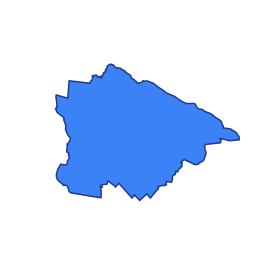 Bogdanesti, Suceava, Romania (Equal Earth projection), rotated 236°
{"feature_id": "2599482B43476485710108", "entity_name": "Bogdanesti", "entity_type": "district", "adm_level": 2, "iso_a3": "ROU", "parent_name": "Romania", "parent_adm1": "Suceava", "projection": "equal_earth", "projection_center": [26.284, 47.362], "detail": "fine", "context": "isolated", "style": "filled", "palette": "blue", "viewbox_px": 256, "rotation_deg": 236, "n_neighbors": 0, "source": "geoboundaries", "source_scale": "gbopen_adm2", "svg_char_len": 5682}
<svg xmlns="http://www.w3.org/2000/svg" viewBox="0 0 256 256"><g transform="rotate(236 128 128)"><path d="M195.5,87.0L194.5,85.9L186.5,81.9L186.1,81.3L185.9,80.8L184.6,80.0L184.1,79.7L184.6,78.8L182.1,78.2L180.4,78.0L173.8,80.2L172.4,80.4L171.4,80.3L170.9,80.0L171.1,79.5L170.9,79.4L165.1,77.9L163.6,77.0L162.4,75.8L160.4,75.0L157.0,74.4L155.2,74.2L152.5,74.6L152.1,74.5L151.1,74.1L150.6,73.6L149.8,72.2L149.7,71.6L148.9,70.0L148.4,69.4L148.8,68.5L148.1,68.1L147.4,67.9L147.0,67.5L146.1,67.0L145.4,66.3L144.8,65.6L143.2,64.3L142.6,64.0L141.9,64.1L141.3,64.4L140.7,64.9L140.3,64.9L139.9,64.6L139.7,64.3L138.7,63.6L138.3,63.2L138.0,63.3L137.2,63.3L136.5,63.0L136.0,62.5L135.3,61.6L134.9,60.3L134.9,59.9L134.7,59.5L134.1,59.1L132.3,57.4L131.7,56.4L135.6,51.9L134.4,49.5L132.9,46.4L130.3,43.6L129.8,42.9L127.8,41.5L125.4,40.7L124.1,40.8L122.0,41.1L119.1,42.1L117.9,42.2L116.5,42.4L115.9,43.4L115.7,43.8L115.7,44.1L115.3,44.6L114.9,44.8L114.4,44.9L113.8,45.0L112.5,44.9L111.4,44.8L109.0,43.8L108.2,43.7L106.8,44.1L106.2,44.4L105.7,44.8L101.4,49.4L101.3,49.6L99.3,51.8L98.8,52.2L97.9,53.0L97.0,54.2L95.4,55.8L94.5,56.7L93.2,58.0L92.4,59.0L91.9,59.4L91.4,60.0L88.0,63.7L87.9,63.6L87.4,64.0L87.7,64.3L85.3,66.7L86.1,67.3L87.5,68.3L88.7,69.1L90.6,70.3L93.0,71.8L93.3,71.6L93.7,71.6L94.1,71.8L94.4,72.2L94.9,72.4L93.5,73.7L95.6,74.1L95.7,74.3L94.3,77.3L93.3,78.9L93.3,79.2L93.6,79.6L95.3,81.3L95.3,81.6L95.2,81.8L89.8,83.7L89.1,84.0L87.6,84.4L86.1,84.6L87.1,89.1L87.1,89.5L67.8,92.2L67.9,92.4L68.0,92.8L68.3,93.5L68.3,93.9L68.2,94.4L68.3,94.6L68.9,95.5L69.1,95.9L61.4,97.2L61.6,98.3L61.9,99.3L62.0,100.6L62.0,101.5L62.3,103.0L62.7,106.9L57.4,107.3L59.8,115.6L60.0,116.1L60.3,116.7L60.4,117.0L60.3,118.2L60.5,118.7L60.9,119.5L61.3,119.1L61.4,119.3L62.6,120.0L62.1,121.3L61.9,122.3L61.5,123.3L61.3,124.0L61.2,124.5L61.2,124.8L61.1,125.0L60.8,125.0L60.4,125.2L60.0,125.6L59.4,128.1L60.3,128.4L60.9,128.5L61.0,128.8L62.0,129.5L61.6,130.1L61.2,130.8L60.1,132.5L58.6,133.7L59.7,135.1L60.9,136.4L62.4,137.1L62.8,137.5L63.2,138.4L63.3,139.6L63.1,141.3L65.4,143.6L63.9,144.6L64.9,146.1L65.1,146.4L65.4,147.6L65.6,148.6L65.7,149.6L66.1,151.1L66.4,151.6L66.8,151.9L67.5,151.9L67.7,152.1L68.1,152.3L68.2,152.8L68.3,152.9L68.6,152.9L68.7,153.0L68.8,153.3L69.1,153.6L69.3,153.6L69.7,153.4L70.1,152.9L70.5,157.0L69.5,157.4L68.8,157.8L67.7,158.6L63.0,161.4L62.5,161.7L61.9,161.9L61.2,162.3L60.7,162.7L59.2,164.5L59.0,165.0L58.8,166.0L58.9,167.1L59.2,167.9L59.0,168.5L59.0,169.1L58.7,170.5L58.8,171.8L59.1,172.5L59.2,173.2L59.5,173.6L61.0,175.5L62.7,177.9L63.0,178.3L64.9,179.3L65.6,179.5L65.9,179.5L67.1,179.8L69.4,180.9L69.9,181.5L70.4,181.7L70.7,182.1L70.9,182.5L70.9,182.9L70.8,183.3L70.0,185.0L65.5,193.6L64.0,196.4L64.7,196.9L65.1,197.4L65.2,197.8L65.6,198.1L66.0,198.2L67.0,198.2L67.8,198.3L66.5,199.9L60.6,205.1L56.9,212.1L56.0,213.7L58.1,214.8L58.8,215.3L60.5,215.1L62.8,215.3L63.4,215.2L64.5,214.9L65.9,214.4L66.7,213.9L68.4,213.0L69.2,212.4L69.5,212.7L70.4,211.8L71.9,210.3L73.1,209.0L74.5,207.1L75.5,207.6L76.5,207.9L76.8,207.8L77.3,208.1L78.2,208.2L78.8,208.2L80.3,208.6L80.8,208.8L80.9,209.1L83.4,208.5L85.1,207.8L87.1,206.7L88.9,206.1L90.2,205.9L91.2,205.6L92.7,204.9L94.1,204.4L96.5,202.5L97.0,202.3L97.4,202.0L98.4,201.1L99.0,200.8L100.4,200.5L102.2,199.7L102.8,199.0L103.0,198.6L103.4,198.1L104.4,197.2L104.8,197.1L105.4,196.9L108.1,196.8L109.3,196.9L110.0,197.2L111.3,196.5L112.1,195.7L112.5,194.6L112.8,194.3L113.4,193.5L113.8,192.9L114.3,191.9L115.2,190.7L116.2,189.9L117.3,189.0L119.8,187.6L123.4,186.1L124.8,185.4L127.2,184.7L128.6,184.1L129.9,183.1L132.4,181.6L132.9,181.2L133.7,180.7L134.3,180.2L135.7,179.5L141.5,177.5L142.5,177.0L144.9,175.9L146.0,175.6L146.5,175.5L148.0,175.0L150.7,174.1L151.4,173.7L151.8,173.4L152.2,173.0L154.2,171.7L155.1,170.9L156.1,170.5L157.4,168.1L157.9,167.6L158.4,167.5L158.8,167.0L158.2,164.9L158.7,163.3L159.2,162.3L159.8,160.8L160.6,160.8L160.9,160.6L161.2,160.6L161.3,160.9L162.0,160.9L163.2,160.1L163.7,160.2L164.4,160.2L165.3,159.8L165.9,159.7L166.3,159.4L167.0,158.8L167.3,158.7L167.9,158.8L168.4,159.0L169.0,159.4L169.7,159.4L170.2,159.5L171.2,159.2L173.4,158.0L175.1,157.6L175.6,157.1L175.9,157.1L176.3,157.3L176.6,157.3L176.9,157.0L177.9,157.0L178.8,156.4L179.1,156.2L179.5,156.0L180.0,155.6L180.7,155.3L181.2,155.4L181.6,155.1L182.5,154.2L183.1,153.9L183.5,153.5L183.7,153.1L183.8,152.4L183.9,152.2L184.2,152.0L184.9,151.9L185.6,151.4L185.9,151.3L186.5,151.4L187.1,151.3L187.6,150.9L188.3,151.0L188.7,150.9L188.8,150.7L188.8,150.4L189.4,150.4L189.6,150.3L189.7,150.0L190.2,149.9L190.3,149.6L190.4,149.2L191.1,148.1L190.9,146.8L191.0,146.3L191.1,146.0L191.0,145.6L190.8,145.3L190.1,144.7L189.5,144.3L189.4,143.4L189.0,143.3L188.9,143.1L189.0,142.6L189.0,142.4L189.0,142.2L188.6,142.2L188.3,142.1L188.1,141.9L188.1,141.3L188.0,141.1L187.4,140.7L187.4,140.4L187.2,140.1L187.5,139.6L187.0,139.0L187.1,138.8L187.4,138.5L187.2,138.2L186.4,137.5L186.2,137.0L185.9,136.6L186.0,136.4L186.0,136.2L185.9,136.2L186.0,135.7L185.8,135.6L185.9,135.3L186.0,135.1L185.7,134.9L185.3,134.9L185.0,134.6L184.8,134.4L184.6,134.4L184.5,134.2L184.5,133.9L185.0,133.6L185.3,133.4L185.7,133.5L185.9,133.4L185.9,133.0L185.7,133.0L185.9,132.9L186.1,133.3L186.4,133.3L186.6,133.1L186.6,132.8L186.4,132.6L186.4,132.4L186.9,132.3L187.2,131.4L187.5,131.4L189.1,131.5L189.4,131.4L189.9,131.1L190.0,130.8L190.4,129.1L191.1,128.0L191.2,127.5L190.8,127.3L189.9,127.0L189.4,126.8L189.3,126.7L189.2,126.4L188.6,125.9L188.0,125.2L187.7,123.9L187.5,123.7L187.4,123.2L187.3,122.3L187.2,122.1L186.8,121.8L186.5,121.5L186.4,121.4L186.6,121.2L197.9,108.1L200.0,105.7L199.5,105.1L191.8,99.1L186.5,94.8L188.5,92.9L195.5,87.0Z" fill="#3b82f6" stroke="#1e3a8a" stroke-width="1.5"/></g></svg>